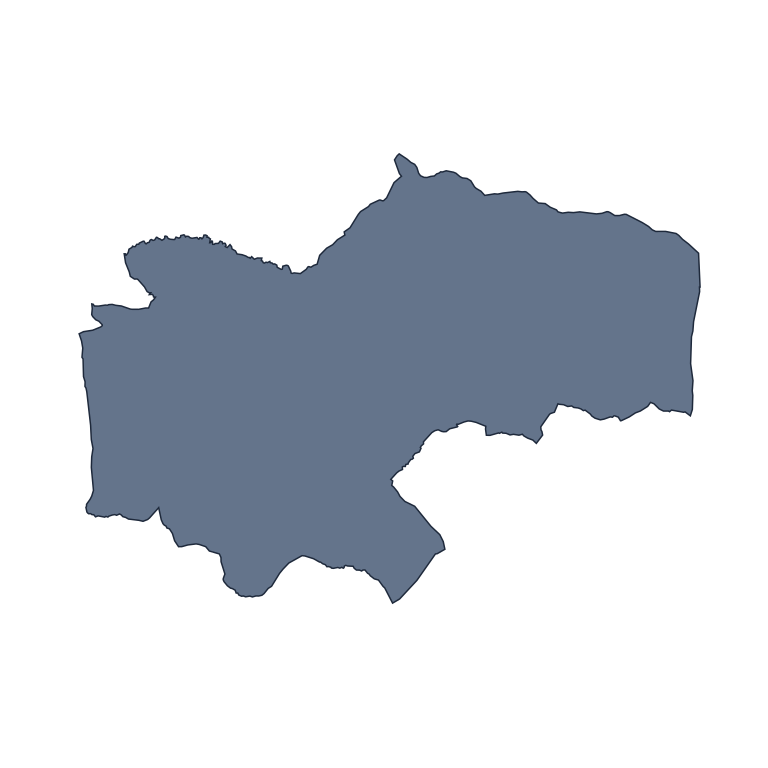 Ludesti, Dâmbovita, Romania (Robinson projection), rotated 98°
{"feature_id": "2599482B18388771363687", "entity_name": "Ludesti", "entity_type": "district", "adm_level": 2, "iso_a3": "ROU", "parent_name": "Romania", "parent_adm1": "Dâmbovita", "projection": "robinson", "projection_center": [25.213, 44.925], "detail": "fine", "context": "isolated", "style": "filled", "palette": "slate", "viewbox_px": 768, "rotation_deg": 98, "n_neighbors": 0, "source": "geoboundaries", "source_scale": "gbopen_adm2", "svg_char_len": 6140}
<svg xmlns="http://www.w3.org/2000/svg" viewBox="0 0 768 768"><g transform="rotate(98 384 384)"><path d="M599.8,345.0L594.7,338.6L573.9,324.1L545.1,309.4L544.7,307.8L539.2,300.7L531.8,303.4L525.4,307.8L518.4,317.7L500.8,336.6L497.4,347.0L493.1,352.5L489.0,355.5L484.7,360.1L483.4,362.2L478.8,361.9L477.5,364.0L470.3,359.1L468.1,357.0L466.1,353.8L463.6,354.3L462.9,353.4L462.7,351.4L460.6,351.2L459.9,349.0L458.8,349.0L455.0,347.0L454.7,345.8L453.4,344.6L451.6,345.4L448.6,343.7L446.3,339.5L442.5,338.4L441.8,339.2L440.1,338.5L437.8,336.5L435.8,336.9L425.5,329.9L423.2,327.2L421.8,324.0L422.9,320.3L423.0,318.4L422.5,315.8L419.2,312.7L416.3,305.5L415.8,305.1L414.3,306.5L413.5,306.2L413.6,304.9L410.5,299.5L408.9,295.7L408.7,292.5L409.2,287.4L411.7,277.3L414.5,277.2L420.5,275.5L420.1,271.9L416.5,263.7L416.8,262.9L415.3,260.6L416.1,259.7L415.8,256.2L416.9,252.1L415.8,248.8L415.9,243.2L414.5,240.0L416.0,238.2L417.6,234.2L418.8,228.8L421.6,224.9L412.5,219.8L409.1,221.0L407.6,222.1L404.6,222.8L391.0,215.9L390.1,215.0L388.2,211.3L379.4,209.0L379.7,207.7L379.5,203.3L380.7,198.9L379.6,195.1L380.8,192.8L380.7,188.4L381.3,185.5L382.6,182.9L381.9,181.2L385.1,175.4L386.7,173.9L388.5,170.3L389.4,164.8L388.1,161.1L385.1,155.4L385.1,153.1L383.6,151.9L383.4,151.0L384.2,147.4L387.5,144.7L387.3,143.9L382.5,136.6L377.6,131.0L375.1,126.4L369.5,119.8L365.1,117.5L366.0,113.9L370.4,108.0L371.9,103.5L371.2,98.5L371.7,97.4L369.8,95.7L370.3,83.2L369.7,82.0L372.9,76.2L366.3,75.1L352.4,76.6L347.8,77.8L337.7,78.5L321.2,83.2L294.4,86.1L288.5,85.5L279.2,86.1L248.6,84.3L244.1,85.1L244.0,84.5L210.7,90.7L202.9,102.0L199.2,108.5L195.8,112.8L194.3,115.7L193.7,126.5L195.1,136.2L194.0,139.8L191.2,143.9L188.3,150.5L182.3,167.8L182.5,169.7L184.4,174.2L185.1,178.9L182.8,183.9L182.2,186.0L182.4,187.5L184.6,191.8L186.0,197.3L186.3,214.1L187.9,220.2L188.3,225.5L189.9,231.0L189.7,232.9L189.3,235.7L187.6,237.4L185.8,244.0L182.9,249.5L183.3,256.3L179.4,262.3L176.5,265.7L174.1,269.7L173.9,271.0L174.5,274.1L174.6,278.3L178.3,292.6L180.1,297.7L180.3,301.1L183.2,310.5L179.6,314.8L177.5,319.9L176.2,321.8L170.7,326.3L168.9,330.4L169.0,335.1L168.0,337.8L165.3,342.0L164.6,344.6L164.2,352.1L165.9,355.6L166.0,357.4L167.6,359.0L168.6,361.1L171.0,363.1L171.9,366.6L173.5,370.1L173.8,373.1L172.7,376.8L170.5,379.0L165.0,381.6L162.2,384.2L160.8,388.3L158.2,392.3L154.0,401.0L156.1,402.7L160.6,404.8L173.5,398.0L175.8,395.6L183.2,402.1L199.3,407.3L202.5,409.9L202.8,410.9L202.3,413.6L202.6,414.4L207.9,422.6L210.5,424.1L216.5,431.2L219.7,433.1L234.0,439.4L238.9,444.6L242.0,443.5L247.6,450.2L253.2,454.2L257.5,459.7L265.5,465.6L274.7,466.9L276.3,470.1L278.5,472.6L278.2,474.8L278.7,475.7L281.2,476.9L286.3,482.2L286.5,488.5L287.3,490.4L287.0,491.5L285.3,492.0L280.4,495.2L280.0,496.2L280.0,497.4L281.4,500.6L284.4,500.7L284.8,501.8L283.3,506.0L281.2,506.7L280.3,508.9L280.7,510.4L279.8,511.6L279.7,513.5L278.5,514.1L280.0,516.3L279.8,517.8L280.9,519.2L280.7,520.5L279.2,521.4L278.9,522.7L276.3,522.5L276.9,527.0L278.5,529.8L276.3,532.8L278.1,534.0L277.4,535.1L277.6,536.1L276.5,538.5L275.7,542.6L275.7,547.6L272.9,549.6L271.4,553.3L269.1,554.1L267.4,555.9L270.7,558.3L270.0,560.3L268.6,559.7L266.9,560.8L266.8,561.9L267.5,563.3L265.8,564.0L265.3,566.1L267.8,567.5L268.4,570.8L269.3,571.4L269.5,573.1L266.5,573.8L266.3,574.4L268.1,575.2L268.4,576.3L264.5,576.1L264.1,577.3L263.1,578.1L263.3,579.7L261.8,579.8L261.3,581.3L261.6,583.0L264.2,583.5L265.6,584.5L264.7,585.5L264.8,586.8L266.1,587.2L266.4,587.8L264.9,589.6L266.4,594.4L266.1,596.6L265.1,598.0L265.1,599.9L266.0,601.1L264.5,602.1L264.1,602.9L265.3,605.9L267.1,606.0L268.1,607.4L267.5,610.4L270.0,611.4L270.2,611.9L270.4,615.7L270.0,617.9L268.2,619.4L267.9,620.8L268.3,621.7L269.8,621.4L271.0,622.0L272.6,623.9L271.4,626.3L271.5,627.3L270.5,628.7L270.4,629.8L273.3,631.2L274.0,632.7L273.3,634.3L273.5,634.9L274.3,635.7L276.3,636.2L277.1,638.0L278.3,639.0L278.1,639.8L276.0,641.5L276.1,642.3L278.5,645.9L279.7,646.3L280.1,648.3L282.5,649.4L282.8,650.6L282.5,652.2L283.8,652.6L286.0,655.3L289.4,655.6L292.2,657.1L292.3,657.7L291.1,658.2L291.2,659.4L299.9,656.8L308.4,651.9L312.7,650.2L314.8,645.8L314.4,643.2L314.7,642.3L321.2,634.7L325.4,631.5L326.4,629.2L326.1,627.7L328.1,628.8L327.5,626.0L328.3,624.9L329.9,624.3L329.8,622.4L332.8,624.0L335.1,626.1L341.5,627.7L341.9,630.6L344.2,637.4L345.1,644.1L345.1,645.7L343.3,654.9L343.4,660.8L343.0,664.2L343.7,667.6L344.5,668.9L344.6,670.9L346.5,677.2L347.1,681.6L345.5,683.1L345.4,684.5L349.9,683.4L356.0,683.1L357.8,681.8L360.5,678.4L361.5,675.1L364.5,671.3L365.4,671.1L366.9,672.4L371.3,680.0L374.0,688.9L376.7,692.9L383.5,689.5L390.4,687.3L399.6,686.8L401.1,685.5L418.5,682.6L423.4,680.3L428.0,679.8L429.6,678.5L433.2,677.2L465.7,668.8L479.8,666.1L488.3,663.2L496.8,663.3L507.3,662.2L529.8,656.9L535.6,657.8L539.1,659.0L544.5,661.8L546.4,661.6L547.7,662.0L552.1,660.4L553.1,659.3L553.6,658.3L553.2,656.5L554.0,655.0L553.8,653.3L555.7,651.2L554.4,648.8L554.7,642.0L553.8,640.9L554.2,638.9L553.2,638.1L551.5,634.7L550.8,632.4L551.2,630.5L549.5,627.8L550.2,626.0L551.7,624.2L552.1,621.2L553.3,618.3L553.1,607.8L553.5,603.5L551.1,599.2L549.2,597.5L537.8,589.9L549.4,585.7L553.1,583.4L554.3,582.0L555.1,580.0L556.8,579.0L557.3,576.3L558.0,575.7L561.5,572.7L568.4,569.5L573.7,564.8L573.2,561.6L570.7,555.9L568.5,547.8L568.6,544.6L569.9,537.9L573.7,533.7L575.2,523.4L578.5,521.3L582.7,520.6L594.3,515.1L598.9,516.1L600.2,516.0L602.0,514.9L605.6,511.0L607.5,507.6L607.7,505.7L608.9,502.7L611.6,501.3L611.4,499.7L613.2,498.4L614.0,495.4L613.5,493.9L614.0,491.4L612.7,487.3L613.2,484.7L611.7,481.3L611.4,478.6L610.2,475.5L608.2,473.6L602.5,470.2L600.0,467.2L586.1,461.1L581.3,458.2L574.5,453.3L565.4,441.3L565.3,438.4L566.8,429.5L569.3,423.1L569.2,422.0L570.5,419.8L571.1,416.9L572.9,415.1L572.5,413.7L572.9,411.0L573.6,410.5L573.6,408.5L572.1,404.2L572.5,402.1L571.4,400.3L572.1,398.7L571.4,398.0L569.8,397.9L568.9,396.6L569.3,394.7L568.8,389.2L570.6,387.9L572.1,385.4L571.7,382.4L572.3,380.1L571.2,379.0L570.8,377.0L573.7,373.9L574.3,372.3L575.8,370.9L578.3,366.5L578.9,362.2L584.6,356.7L585.8,354.9L599.8,345.0Z" fill="#64748b" stroke="#1e293b" stroke-width="1.5"/></g></svg>